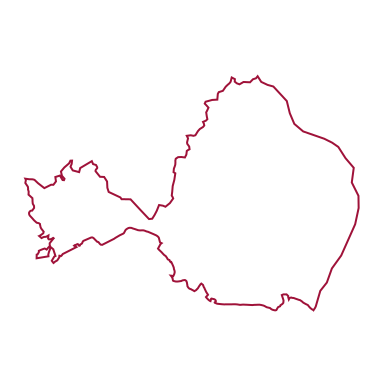 Atiwa West, Eastern, Ghana (orthographic projection), rotated 91°
{"feature_id": "2480657B65169023596143", "entity_name": "Atiwa West", "entity_type": "district", "adm_level": 2, "iso_a3": "GHA", "parent_name": "Ghana", "parent_adm1": "Eastern", "projection": "orthographic", "projection_center": [-0.601, 6.209], "detail": "fine", "context": "isolated", "style": "outline", "palette": "rose", "viewbox_px": 384, "rotation_deg": 91, "n_neighbors": 0, "source": "geoboundaries", "source_scale": "gbopen_adm2", "svg_char_len": 6055}
<svg xmlns="http://www.w3.org/2000/svg" viewBox="0 0 384 384"><g transform="rotate(91 192 192)"><path d="M308.0,68.4L306.0,67.1L304.4,66.3L288.6,62.0L280.2,55.6L266.0,50.8L252.9,41.7L221.4,28.3L205.1,25.1L192.9,25.5L179.7,32.4L165.0,30.7L155.5,39.1L144.4,46.5L140.2,52.8L136.4,60.8L129.5,81.9L122.1,90.9L111.5,95.6L99.4,98.8L85.1,112.5L83.6,118.3L80.7,124.7L75.1,128.4L77.2,130.0L78.2,133.0L81.3,135.9L81.1,142.4L83.5,146.4L82.6,149.0L80.9,151.2L78.4,151.1L76.8,154.3L81.1,155.3L82.7,156.5L84.1,158.1L86.1,160.1L90.3,162.9L91.7,167.0L93.5,167.9L99.2,168.3L99.6,173.4L101.5,180.0L103.4,180.8L105.2,179.0L107.4,177.0L110.8,178.5L112.1,179.2L116.3,178.5L118.9,177.9L120.4,179.3L121.7,182.2L123.5,181.3L125.3,180.9L126.8,182.1L128.9,185.3L131.0,187.1L135.2,189.6L135.8,191.5L135.3,194.2L135.9,198.2L138.4,196.9L142.4,197.8L143.9,197.6L146.6,195.6L149.3,195.2L150.0,196.5L151.0,197.9L154.7,198.3L157.6,199.7L157.2,203.3L157.4,206.5L159.0,208.8L160.9,209.2L162.6,209.1L165.0,209.2L167.0,209.8L168.9,210.5L172.5,210.8L173.6,209.0L180.2,209.9L186.4,211.4L192.3,211.8L196.0,212.2L197.0,211.5L198.8,210.7L200.7,212.0L203.5,213.9L207.2,218.3L206.2,220.8L205.6,224.7L211.4,226.9L215.6,229.0L219.4,231.3L219.8,234.5L210.9,243.2L200.4,253.3L200.4,262.3L198.7,263.5L193.4,275.3L189.3,276.7L183.0,277.1L178.5,280.1L178.4,283.4L178.4,284.2L172.9,288.8L172.2,288.8L171.3,288.5L170.1,287.4L169.7,287.2L168.9,287.2L166.7,288.4L165.8,291.4L162.9,292.7L170.0,304.2L174.1,305.2L172.5,311.6L168.9,313.9L166.0,312.8L162.7,312.5L162.8,314.1L165.5,315.4L169.7,320.1L173.8,323.4L178.1,322.3L181.0,319.7L182.4,320.2L182.3,321.6L177.9,324.4L179.4,328.9L183.8,328.2L187.2,330.7L187.2,333.0L190.7,339.7L185.9,346.1L182.6,349.7L182.1,351.5L182.1,354.9L181.6,358.9L182.8,358.3L185.9,358.8L189.6,356.2L191.7,355.9L192.3,356.0L194.5,355.3L197.5,355.4L200.9,351.5L202.6,351.3L203.9,351.3L206.5,351.0L208.7,349.7L210.7,349.6L213.4,351.5L213.4,352.1L213.5,352.6L213.6,352.9L214.0,353.5L214.5,354.0L215.1,354.3L215.8,354.6L217.2,354.4L217.9,354.1L218.5,353.7L221.2,351.1L223.0,349.5L225.4,346.8L225.9,344.5L226.7,343.4L227.4,343.4L228.8,343.0L229.5,342.9L230.1,342.7L230.6,342.4L231.2,342.1L231.7,341.7L232.2,341.3L234.3,339.6L235.9,340.0L237.1,341.6L237.3,341.9L237.5,342.1L238.2,343.2L238.5,343.5L238.7,344.0L240.7,341.6L240.0,340.4L239.5,339.1L239.4,337.9L239.3,337.0L238.0,334.8L240.8,335.1L241.8,334.5L241.9,334.0L241.7,333.0L241.6,332.1L241.2,331.3L240.8,330.8L240.3,330.0L240.4,329.8L240.7,329.5L240.8,329.6L245.7,333.4L247.8,333.3L248.4,333.0L249.9,334.6L252.1,336.3L251.2,338.0L251.1,338.3L251.5,339.5L251.6,339.8L252.5,342.0L253.5,344.1L254.9,344.1L257.0,345.3L257.3,346.2L261.0,346.2L258.8,334.4L257.0,334.6L254.5,334.0L251.5,332.9L249.7,332.8L249.9,331.9L251.7,329.7L258.4,327.4L259.0,328.6L263.2,331.0L265.0,329.6L265.4,329.2L264.1,327.8L262.7,325.5L259.4,323.4L258.8,323.5L258.3,323.6L258.0,323.5L258.2,322.2L258.3,321.8L257.9,321.3L256.3,320.2L249.1,306.6L248.5,307.4L248.2,308.0L247.9,308.6L247.7,308.9L247.2,308.3L247.1,307.9L246.9,307.2L246.6,306.7L246.3,306.1L246.2,305.5L246.1,305.3L247.2,304.4L247.7,304.0L247.7,303.4L247.5,303.2L246.6,302.9L246.4,302.7L245.7,301.5L245.4,301.2L245.0,300.9L244.3,300.7L243.7,300.4L242.8,299.8L239.3,292.1L239.2,291.6L239.2,290.7L239.8,289.6L242.0,287.4L243.2,286.1L243.5,285.8L243.6,285.0L243.8,284.6L245.4,283.3L246.2,282.4L246.4,280.9L240.1,269.0L239.2,267.8L236.5,263.4L234.8,260.0L234.4,259.5L234.0,259.2L233.4,258.9L231.2,257.8L230.6,257.2L230.0,256.4L229.5,255.6L229.1,254.8L228.9,254.0L228.9,253.1L228.9,252.2L229.1,251.5L229.4,250.8L229.6,250.1L230.1,248.4L230.8,246.2L231.1,245.4L231.3,243.5L231.2,240.8L231.2,240.0L231.4,239.0L231.8,237.8L232.1,237.2L232.2,236.8L232.4,236.1L232.5,235.4L234.7,230.0L236.0,227.0L236.5,226.2L237.1,225.4L237.7,224.8L238.5,224.3L240.4,223.8L242.2,223.3L242.8,223.1L243.3,222.5L243.5,221.9L243.7,221.5L244.6,222.6L249.2,225.0L250.3,224.0L252.8,221.3L254.2,220.0L255.5,218.7L256.1,217.8L256.6,217.1L257.1,216.7L257.6,216.4L258.0,216.1L258.4,215.8L259.7,215.1L260.2,214.1L260.4,213.4L261.8,212.8L262.4,212.2L262.1,211.9L262.2,211.6L262.6,211.4L263.3,211.0L265.6,209.9L266.7,209.4L268.0,208.9L269.4,208.7L270.4,208.3L271.5,208.0L272.4,207.9L273.5,208.1L274.6,208.4L276.5,209.3L276.1,210.7L276.0,211.7L277.1,210.8L277.8,210.4L278.4,210.1L279.2,209.8L280.4,209.6L281.0,209.4L281.3,208.8L281.6,207.5L281.8,206.5L281.8,205.0L281.6,203.6L281.3,201.9L281.2,201.2L280.6,200.1L280.4,199.4L280.3,198.7L280.2,198.2L280.2,197.7L280.3,197.1L280.7,196.6L281.1,196.1L281.6,195.9L282.4,195.6L283.1,195.4L284.0,195.3L284.7,195.1L286.3,194.9L287.4,194.2L288.0,193.7L288.6,193.0L288.9,192.3L289.2,191.3L289.6,190.7L289.9,190.0L290.5,188.9L290.8,188.4L291.1,187.9L290.3,186.6L289.9,186.0L289.3,185.5L288.8,185.1L288.4,184.6L287.6,184.1L286.7,183.6L285.4,182.8L284.8,182.3L284.2,182.0L283.4,181.1L284.7,179.4L285.4,179.1L286.3,178.8L287.1,178.4L287.8,177.9L288.6,177.6L290.6,176.6L291.5,176.2L292.2,175.7L292.9,175.3L294.0,174.5L294.5,174.2L296.8,176.2L297.7,175.5L298.3,174.9L299.0,174.2L299.6,173.5L300.0,173.0L300.4,172.4L300.7,171.9L300.8,171.6L298.4,171.0L298.2,170.6L298.6,169.0L298.7,168.2L299.1,167.4L299.5,166.8L300.0,166.5L300.4,166.3L301.0,166.3L301.6,167.0L301.8,167.2L302.0,167.4L302.3,167.3L302.4,167.1L302.8,166.1L303.1,165.4L303.3,164.6L303.5,162.4L303.7,160.1L303.8,158.0L303.5,146.8L303.6,144.9L304.0,142.0L303.7,139.0L303.8,134.9L304.0,129.7L303.8,128.1L303.5,122.8L303.7,121.2L304.2,118.9L304.5,118.0L304.7,117.5L305.0,117.0L305.9,115.3L306.2,114.0L306.5,112.5L306.7,111.9L307.5,111.0L308.3,109.6L308.8,107.5L308.9,106.6L308.6,105.6L308.4,105.5L305.7,104.0L305.3,103.2L304.7,101.9L303.7,101.6L302.4,99.7L301.3,98.8L300.6,98.7L298.9,98.6L297.8,98.9L293.5,100.4L292.8,98.9L292.7,95.7L294.3,94.0L295.3,94.0L297.0,93.5L297.7,93.3L296.2,92.5L295.8,91.1L295.8,90.9L296.1,90.1L296.2,88.5L297.0,86.2L297.5,84.6L297.9,83.5L298.2,82.2L299.3,80.4L300.7,78.8L301.5,77.3L302.0,76.4L303.0,74.2L304.4,73.1L305.8,71.8L307.0,70.3L307.7,69.1L307.6,68.7L308.0,68.4Z" fill="none" stroke="#9f1239" stroke-width="2"/></g></svg>